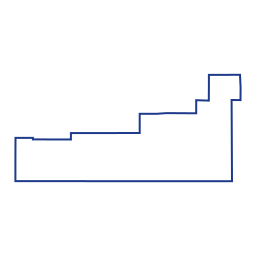 Garfield, Colorado, United States of America (Equal Earth projection)
{"feature_id": "52423323B61812355653584", "entity_name": "Garfield", "entity_type": "district", "adm_level": 2, "iso_a3": "USA", "parent_name": "United States of America", "parent_adm1": "Colorado", "projection": "equal_earth", "projection_center": [-107.968, 39.729], "detail": "fine", "context": "isolated", "style": "outline", "palette": "blue", "viewbox_px": 256, "rotation_deg": 0, "n_neighbors": 0, "source": "geoboundaries", "source_scale": "gbopen_adm2", "svg_char_len": 403}
<svg xmlns="http://www.w3.org/2000/svg" viewBox="0 0 256 256"><path d="M15.5,137.9L15.4,161.8L15.4,181.1L121.0,181.2L196.5,181.2L232.0,181.2L231.6,100.0L240.5,100.1L240.6,87.8L240.0,74.8L208.9,74.9L208.9,87.6L208.8,100.6L196.2,100.2L196.2,113.3L166.9,113.1L156.6,113.8L139.7,113.8L139.7,133.0L70.9,133.1L70.9,139.5L32.9,139.4L32.9,137.9L15.5,137.9Z" fill="none" stroke="#1e3a8a" stroke-width="2"/></svg>